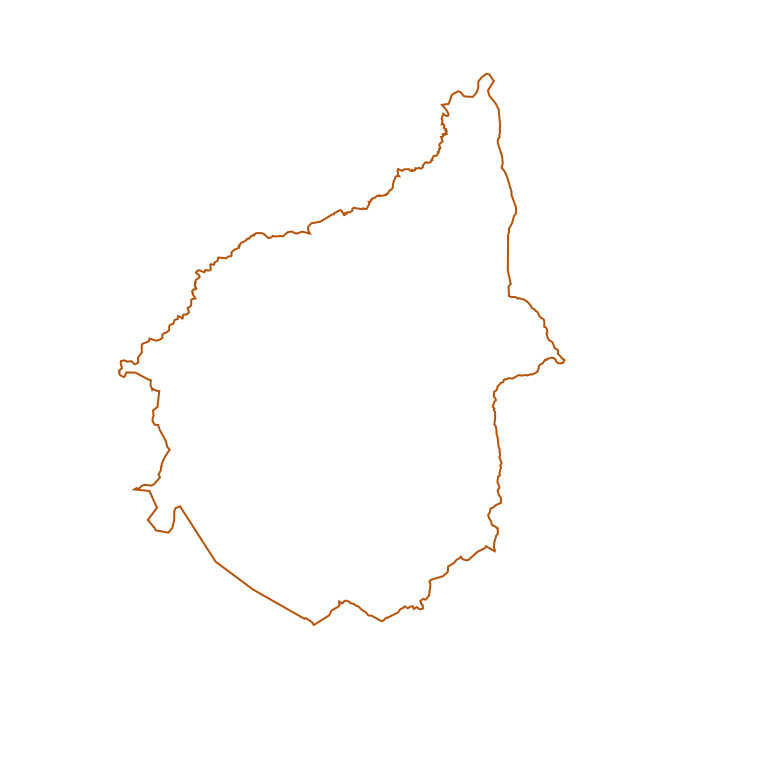 Nkoranza South, Brong Ahafo, Ghana (Natural Earth projection), rotated 323°
{"feature_id": "2480657B38880944597072", "entity_name": "Nkoranza South", "entity_type": "district", "adm_level": 2, "iso_a3": "GHA", "parent_name": "Ghana", "parent_adm1": "Brong Ahafo", "projection": "natural_earth1", "projection_center": [-1.641, 7.453], "detail": "fine", "context": "isolated", "style": "outline", "palette": "amber", "viewbox_px": 768, "rotation_deg": 323, "n_neighbors": 0, "source": "geoboundaries", "source_scale": "gbopen_adm2", "svg_char_len": 6166}
<svg xmlns="http://www.w3.org/2000/svg" viewBox="0 0 768 768"><g transform="rotate(323 384 384)"><path d="M224.0,206.6L222.1,208.4L214.9,206.5L213.8,207.2L209.6,213.0L203.2,215.0L200.9,218.8L197.5,218.7L196.6,217.8L196.1,214.2L195.3,213.2L192.5,211.8L190.6,208.6L187.7,207.4L186.4,208.6L184.2,213.7L180.1,214.0L179.9,215.5L178.9,215.9L178.6,218.3L180.4,221.9L182.0,221.7L185.2,219.7L192.3,225.4L198.6,238.7L200.1,240.7L196.9,244.2L195.4,249.2L196.5,248.9L197.8,251.9L200.3,254.4L189.2,266.0L183.7,266.2L180.9,270.5L178.3,272.4L176.7,274.8L176.4,278.5L178.9,280.8L177.2,286.1L175.4,298.5L173.0,303.8L173.3,307.4L165.7,310.1L158.6,313.9L156.5,316.1L155.8,316.1L154.3,318.3L149.3,320.8L149.0,323.7L140.0,325.7L137.0,325.1L132.1,320.4L128.7,319.6L125.0,320.2L123.8,318.2L121.2,318.0L132.3,328.3L128.2,346.2L113.6,350.4L114.1,361.0L113.7,363.6L122.3,372.9L128.4,371.6L134.5,366.4L139.9,359.5L142.8,357.7L147.5,358.9L142.6,424.6L155.8,469.6L179.2,523.7L180.5,523.7L180.8,524.3L183.2,530.9L182.9,534.2L201.0,535.8L205.6,533.4L213.9,534.3L215.7,533.8L216.2,532.0L217.3,530.7L218.7,534.1L222.3,533.6L223.5,534.3L225.3,537.1L225.1,538.5L227.7,541.8L227.8,543.4L229.6,546.2L230.6,551.7L232.1,555.5L232.2,559.4L234.6,561.6L239.4,572.1L241.3,572.5L245.1,572.0L245.8,572.7L257.9,574.9L261.2,573.7L265.0,574.4L266.2,574.0L267.1,574.6L268.0,577.5L270.7,577.5L273.2,578.7L272.5,581.7L275.8,581.8L277.1,585.7L280.0,586.7L281.8,583.9L281.2,582.7L282.5,579.1L286.0,579.2L287.6,581.4L292.7,580.0L299.3,573.4L300.7,571.6L301.6,568.8L303.8,568.7L315.5,573.0L321.9,572.4L325.4,568.3L332.0,569.1L335.6,568.1L339.5,568.5L341.4,568.1L341.5,571.5L343.6,574.3L345.4,575.3L358.1,574.3L365.6,575.8L367.9,575.0L371.7,584.2L372.6,583.4L373.5,580.5L377.2,576.5L382.6,572.5L384.8,572.1L388.0,567.6L387.2,567.0L387.3,565.3L385.5,562.3L385.5,561.2L386.5,559.0L387.9,551.9L388.7,551.0L391.1,550.3L394.3,547.5L396.3,548.3L400.8,548.1L405.9,549.3L406.5,548.1L407.5,547.6L409.1,544.2L408.8,542.4L409.8,539.2L410.8,537.3L413.6,536.4L414.3,535.6L415.5,530.7L419.2,526.8L421.6,526.7L422.7,524.4L426.9,521.4L427.8,519.0L430.1,518.1L432.1,511.9L434.1,510.6L435.0,508.3L436.8,506.4L438.0,502.7L442.5,495.2L443.7,491.8L446.3,488.1L447.8,485.0L447.7,482.7L452.8,477.5L455.8,473.3L456.2,470.7L457.3,470.3L457.2,467.6L461.4,464.5L463.6,464.3L464.3,462.5L464.0,460.3L467.3,456.4L469.3,456.7L471.3,456.3L472.8,454.5L477.9,453.5L480.6,454.2L482.4,452.8L483.2,452.9L484.5,453.9L486.8,454.2L489.9,457.0L497.0,458.0L499.0,460.1L503.1,462.4L503.7,463.6L506.8,464.4L508.5,465.8L513.5,466.6L517.0,464.5L518.4,462.8L521.7,462.5L523.1,463.0L527.3,461.6L528.2,462.7L529.5,461.9L531.0,463.0L533.5,463.6L534.9,465.0L535.7,467.4L535.0,470.8L535.8,472.5L539.3,474.9L542.6,473.5L541.4,470.4L541.7,469.1L541.1,464.5L542.9,462.6L543.1,461.4L541.9,458.1L543.7,452.1L542.3,448.8L542.3,446.1L544.2,441.4L545.3,441.3L547.1,438.3L547.5,436.9L546.4,434.7L548.9,431.7L550.4,428.8L548.9,423.9L549.9,418.8L549.0,417.1L549.1,415.2L547.9,412.3L548.4,409.0L548.1,405.4L547.0,401.5L543.3,396.5L542.4,396.5L541.3,393.7L537.7,390.8L536.8,388.9L542.1,381.1L545.4,380.4L551.3,367.7L572.5,340.0L575.6,337.6L577.0,335.3L583.0,332.7L589.3,327.8L592.3,327.2L595.7,322.3L599.6,309.8L601.6,307.1L607.2,291.8L608.3,286.3L608.0,282.1L611.7,279.2L615.2,273.4L619.6,260.8L620.9,258.5L622.7,256.9L624.6,256.7L626.3,254.1L628.4,252.7L629.8,250.0L631.9,248.1L641.0,233.5L642.0,227.0L641.6,217.3L643.6,212.2L654.0,208.2L654.4,200.3L652.6,197.9L646.9,197.8L641.2,199.2L637.7,204.0L632.9,207.2L627.8,208.1L623.0,204.3L621.0,202.0L620.7,196.7L619.2,194.7L612.0,193.9L607.2,197.5L603.9,199.1L598.4,195.9L598.7,203.3L598.0,207.1L596.8,208.3L595.1,207.6L593.9,203.9L589.7,206.7L589.1,208.9L587.4,210.3L587.7,211.3L586.5,211.7L587.7,212.6L587.7,213.8L585.9,215.3L586.5,216.2L586.1,217.4L586.9,217.8L586.2,219.8L585.4,219.4L584.7,221.8L584.0,220.9L582.7,221.6L582.5,220.3L581.3,219.9L581.4,220.8L579.7,222.0L578.3,221.1L576.9,225.4L572.5,225.9L571.8,226.7L571.3,229.1L570.8,229.6L569.9,229.2L567.3,231.7L566.5,231.2L566.1,232.3L563.5,233.3L561.0,231.8L558.0,233.1L557.5,234.3L556.2,233.8L555.2,234.7L552.6,234.3L551.3,232.3L550.1,232.0L546.6,232.9L545.3,234.4L544.4,234.4L543.0,234.2L541.9,232.3L540.0,231.9L539.0,230.5L537.4,231.8L535.2,231.2L535.5,230.3L535.0,229.6L534.0,230.1L533.3,229.3L533.0,227.2L529.3,224.7L526.9,224.8L524.6,220.9L522.7,222.3L522.6,223.6L521.3,224.8L521.1,227.1L520.3,226.1L518.3,225.4L514.1,227.8L511.2,230.0L509.3,232.3L507.5,233.1L504.8,232.8L501.5,234.3L500.2,233.6L499.6,234.4L495.3,232.3L493.9,231.3L493.7,230.3L492.9,230.7L491.8,229.5L489.5,229.8L486.3,228.9L485.3,229.5L484.5,229.0L482.7,230.4L481.5,229.4L481.4,230.4L480.1,231.5L475.6,233.7L473.9,232.5L473.1,231.1L471.8,231.4L465.9,225.1L464.1,225.1L462.9,226.6L459.8,226.3L458.1,224.7L457.0,225.4L456.1,224.4L455.8,225.5L453.8,225.2L454.4,219.6L453.5,218.7L447.2,217.6L446.3,218.4L445.2,217.5L430.8,216.0L422.5,211.9L417.9,212.9L415.9,215.7L415.3,219.3L411.0,213.8L409.5,212.7L405.6,211.7L403.9,210.3L402.0,206.6L398.2,204.8L392.0,205.2L390.9,203.8L386.2,201.0L384.2,198.7L383.2,199.1L380.4,198.6L379.4,197.5L378.4,192.0L377.1,189.9L373.6,187.2L371.8,186.4L369.9,187.1L369.6,186.1L367.6,186.5L366.8,185.9L363.6,186.7L363.2,186.1L361.4,185.7L361.1,186.1L358.7,186.2L354.3,185.2L351.2,187.1L351.0,186.5L349.9,187.9L345.3,186.7L341.4,187.0L339.6,189.6L338.7,189.9L336.5,188.5L333.6,188.6L327.8,183.3L325.2,185.4L321.6,185.1L320.3,186.3L319.7,186.3L317.8,184.1L317.0,184.2L314.6,188.2L313.9,188.6L311.6,187.6L310.2,185.5L307.7,186.6L304.8,182.0L303.8,181.3L302.1,181.4L300.9,181.9L300.7,182.7L301.7,185.0L301.6,187.1L301.0,187.7L296.5,187.7L294.9,188.6L294.4,189.3L294.7,189.7L293.3,190.3L291.6,192.4L291.9,194.2L291.4,195.0L290.6,195.1L288.9,193.8L286.3,194.6L286.2,196.5L285.2,196.9L284.9,202.2L282.1,200.7L280.9,200.7L277.4,205.0L275.7,205.5L273.3,205.0L272.5,205.6L271.6,209.2L270.8,209.6L268.1,209.8L265.9,208.0L264.9,208.0L262.9,210.3L262.3,210.3L261.7,207.8L260.3,205.9L258.4,207.9L255.3,206.8L252.0,209.1L248.8,208.0L247.3,208.5L244.8,211.7L241.4,211.9L238.1,210.9L236.0,211.9L234.7,213.8L231.8,213.7L228.3,212.5L224.0,206.6Z" fill="none" stroke="#b45309" stroke-width="2"/></g></svg>